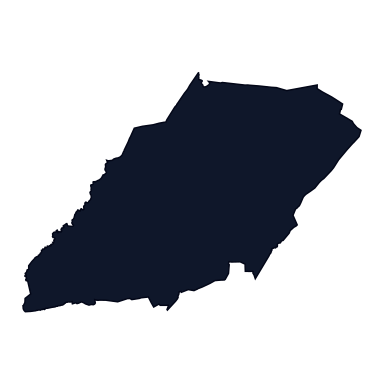 outline of Annas pag., Aluksne, Latvia
{"feature_id": "27541924B70085660000419", "entity_name": "Annas pag.", "entity_type": "district", "adm_level": 2, "iso_a3": "LVA", "parent_name": "Latvia", "parent_adm1": "Aluksne", "projection": "orthographic", "projection_center": [26.969, 57.339], "detail": "fine", "context": "isolated", "style": "filled", "palette": "ink", "viewbox_px": 384, "rotation_deg": 0, "n_neighbors": 0, "source": "geoboundaries", "source_scale": "gbopen_adm2", "svg_char_len": 5754}
<svg xmlns="http://www.w3.org/2000/svg" viewBox="0 0 384 384"><path d="M338.6,159.8L347.2,149.5L353.2,142.8L353.4,142.8L358.8,136.9L359.1,136.4L361.0,130.3L356.9,127.6L354.0,124.3L353.3,123.4L352.2,121.3L339.5,113.9L340.6,109.2L341.3,109.3L342.6,104.0L331.9,97.1L322.5,92.0L317.1,88.6L317.2,85.0L286.7,90.6L276.4,87.6L271.5,87.3L259.4,86.0L249.3,85.2L247.9,85.0L245.1,85.1L222.3,82.5L220.6,83.0L208.5,81.4L209.3,82.3L209.6,82.9L209.6,83.6L209.3,84.1L209.0,84.7L206.7,86.3L205.7,86.8L203.6,87.0L203.1,86.6L202.9,85.4L202.6,84.8L201.9,84.1L201.5,83.6L201.3,83.1L201.5,82.1L202.1,81.4L202.2,81.0L202.2,80.8L202.0,80.6L201.1,80.1L198.8,79.5L198.7,79.0L198.8,78.6L198.8,77.2L198.6,75.8L199.0,75.1L199.0,74.7L198.6,73.7L198.5,73.3L198.7,72.3L189.8,85.3L187.7,89.1L186.1,91.2L184.4,93.3L177.9,102.9L176.8,104.4L176.7,105.1L175.1,106.7L174.6,107.4L166.9,119.7L166.1,121.5L165.9,122.1L163.9,122.3L159.2,123.2L153.1,124.8L142.4,126.3L134.3,128.2L130.4,136.9L129.6,138.3L128.1,142.1L124.2,150.2L124.1,151.1L123.6,151.6L122.1,155.1L120.3,156.9L118.1,157.9L116.1,158.2L114.1,158.9L113.5,159.2L112.4,160.3L108.6,160.8L107.8,160.7L106.7,160.3L106.8,160.6L107.2,161.5L107.7,162.0L107.6,162.6L106.5,163.3L105.6,164.1L105.4,164.6L105.6,166.2L105.6,167.2L105.1,168.4L105.0,169.7L105.2,170.2L106.2,171.7L106.4,172.6L106.2,173.1L104.9,174.1L104.3,174.9L103.6,174.8L103.0,175.0L102.8,175.8L102.2,176.4L102.1,177.3L101.4,177.9L101.1,178.5L99.4,179.8L98.9,180.0L98.7,180.4L97.5,180.6L96.9,181.1L96.5,181.3L96.1,181.3L95.6,181.8L95.1,182.0L94.5,181.7L93.3,181.8L93.1,182.0L93.2,183.9L92.8,184.6L91.0,184.9L90.8,185.2L90.8,186.0L91.3,188.0L91.1,188.9L91.1,189.7L91.3,190.3L91.2,191.0L90.3,191.8L90.0,192.5L90.4,194.1L91.2,195.5L91.3,197.6L90.9,198.6L90.2,200.1L89.1,201.0L88.2,202.6L87.8,202.8L87.3,202.8L85.9,202.1L85.6,202.2L85.0,202.9L84.9,203.5L85.1,204.2L84.9,205.0L84.4,205.4L83.7,206.3L83.8,208.1L84.0,208.9L83.8,209.4L83.0,209.8L82.5,209.8L81.7,208.9L81.3,208.8L80.9,209.0L80.6,209.3L80.5,209.6L80.4,210.4L80.0,211.1L79.4,211.1L78.7,210.3L78.0,210.0L77.7,210.0L77.6,210.4L77.0,211.3L75.9,212.4L76.1,213.2L74.9,214.4L74.1,217.8L73.2,219.4L72.2,219.9L72.1,220.3L72.3,221.4L72.3,221.9L71.9,222.6L71.8,223.0L72.7,223.9L72.6,224.5L73.3,224.8L73.5,225.2L73.1,226.1L72.5,226.4L72.0,226.4L68.0,226.0L67.5,225.5L67.2,224.8L67.1,224.1L66.8,223.6L66.3,223.7L64.6,225.0L63.3,225.7L63.2,226.1L63.8,226.6L63.9,227.3L63.5,227.6L61.7,228.1L61.1,229.4L61.1,229.8L61.4,230.2L61.3,230.6L61.4,230.8L61.7,231.0L61.2,231.8L60.8,232.0L60.3,231.8L59.7,232.0L59.0,231.6L58.1,232.5L57.8,231.5L57.5,231.1L57.4,230.4L57.2,230.1L56.8,230.4L56.3,230.7L56.1,231.6L56.3,232.0L56.2,232.1L55.4,232.3L54.7,232.1L53.6,232.5L53.6,232.8L52.6,233.7L52.6,234.2L52.9,235.3L52.5,236.3L52.7,237.0L53.2,237.6L54.4,237.7L54.9,238.1L54.9,238.8L54.6,239.4L54.2,239.9L53.8,240.1L53.9,240.6L54.1,241.1L53.9,241.8L53.6,242.3L52.8,242.4L53.2,243.1L53.3,243.5L52.3,244.2L51.4,244.3L50.9,244.6L50.8,244.9L51.0,245.6L50.9,245.8L49.8,245.8L49.6,245.7L48.5,246.4L47.9,246.5L47.5,246.1L47.3,246.2L47.4,246.8L46.6,247.6L46.1,247.6L45.2,247.2L45.0,247.3L44.9,248.0L44.4,249.1L43.9,249.2L43.0,248.9L42.7,249.4L42.4,250.0L41.5,250.3L41.6,251.4L41.5,252.1L40.9,252.9L40.3,253.3L40.1,254.1L39.7,254.4L39.5,254.8L38.4,255.3L38.3,255.8L38.3,256.5L36.8,256.7L35.1,257.7L34.6,258.6L31.9,261.5L28.7,265.7L28.7,267.5L28.8,269.1L28.4,269.5L27.8,269.6L27.1,270.0L26.9,271.0L26.4,272.4L25.3,273.3L25.2,273.8L25.4,274.1L26.1,274.6L25.9,275.6L24.9,275.9L25.0,276.3L25.8,276.5L26.2,277.2L26.3,277.7L26.6,278.1L26.5,278.9L25.9,279.1L25.7,279.9L26.2,280.7L27.7,280.9L30.7,294.0L25.1,298.4L24.9,302.5L23.4,305.6L23.0,305.7L23.2,308.3L23.3,309.0L24.1,310.5L25.3,311.7L30.6,311.4L35.9,310.7L36.4,310.4L37.7,310.3L39.0,309.8L40.2,310.2L41.8,309.4L42.7,309.5L43.2,309.0L44.5,309.5L44.9,309.2L44.6,308.8L45.2,308.4L47.7,308.2L52.0,307.3L54.9,306.9L55.5,306.7L55.6,306.4L57.7,306.2L58.2,305.8L58.8,305.6L59.5,305.7L60.2,305.6L60.6,305.3L62.6,305.0L63.8,304.3L64.9,303.1L65.3,303.1L65.5,302.7L65.9,302.4L67.4,302.2L67.8,301.9L70.4,302.0L72.1,301.6L72.1,302.4L72.4,303.8L75.7,302.8L77.0,303.6L78.8,303.1L80.4,302.3L81.7,301.9L83.7,302.8L85.5,303.9L89.0,305.1L91.1,304.5L93.4,304.7L94.6,304.1L95.3,303.0L94.7,299.6L96.4,300.1L96.4,299.9L97.9,300.3L99.7,300.1L105.7,300.2L117.7,301.8L127.5,298.6L129.2,298.6L129.6,298.3L130.4,298.7L131.5,299.5L131.8,299.6L139.5,298.4L141.0,297.8L148.4,297.0L151.2,302.6L153.7,307.0L158.9,304.1L160.2,305.3L168.4,305.3L168.4,305.9L167.0,309.5L167.4,310.1L175.6,301.2L177.5,298.7L178.1,297.3L177.9,296.9L178.3,295.1L178.7,294.7L179.2,291.8L181.0,291.3L181.3,292.3L188.2,289.6L194.0,290.6L197.3,289.1L197.3,288.9L202.0,287.1L209.9,283.4L214.9,280.6L220.5,280.1L223.7,280.0L224.3,280.0L225.2,279.4L228.4,273.6L228.5,273.3L229.0,266.9L229.2,264.7L228.5,264.1L228.6,263.1L229.1,261.6L231.2,262.0L240.2,261.8L245.2,264.2L245.1,265.6L245.3,271.3L250.9,271.4L252.6,271.2L253.2,271.5L252.9,272.7L252.9,273.0L254.1,275.1L255.3,278.7L268.7,256.3L269.1,255.6L269.5,254.4L270.5,253.5L270.7,253.1L270.7,252.6L271.4,251.8L271.4,251.6L271.0,251.0L271.0,250.7L271.3,250.4L271.9,250.2L272.0,250.0L271.6,249.5L271.6,249.3L272.0,248.9L272.1,248.5L272.5,248.3L273.1,248.3L273.4,248.2L273.6,247.8L274.2,247.6L274.9,247.9L275.4,247.9L275.8,247.6L275.9,247.1L277.0,246.9L277.3,246.5L277.4,245.8L277.4,244.2L277.5,243.8L278.4,243.2L280.3,242.9L280.7,242.4L280.8,241.9L281.2,241.3L282.4,240.5L283.1,240.4L289.1,233.2L290.2,230.5L291.4,229.5L293.8,227.3L296.1,226.0L297.2,224.9L293.0,215.3L295.3,209.6L295.9,208.7L297.2,207.9L298.2,206.7L299.3,205.8L300.7,203.0L303.2,197.2L304.5,195.6L306.0,194.2L310.7,191.0L314.8,188.0L319.3,182.4L321.5,180.2L323.8,178.5L331.2,170.7L333.6,167.7L338.6,159.8Z" fill="#0f172a" stroke="#020617" stroke-width="1.5"/></svg>